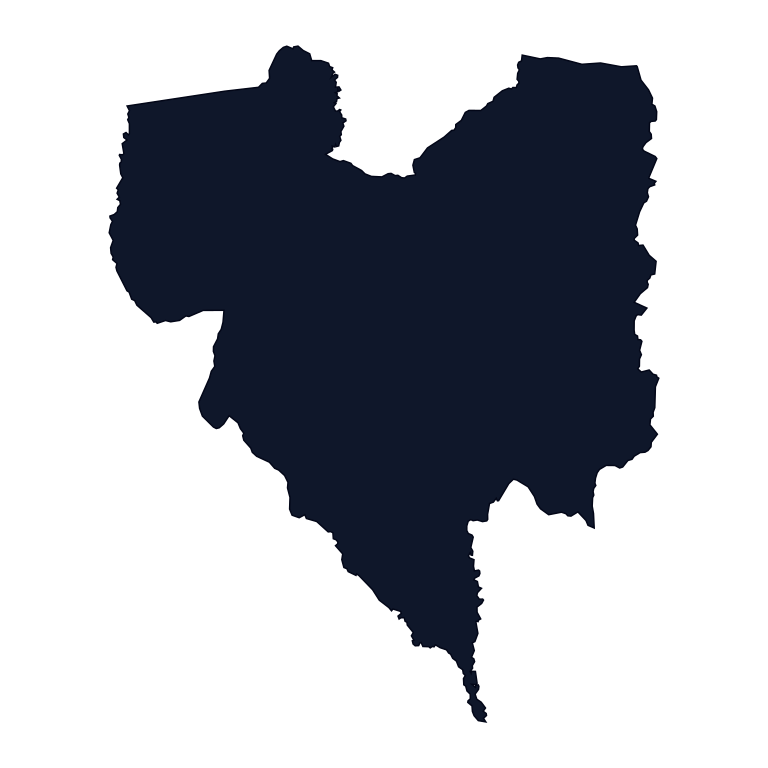 Kabadougou, Denguélé, Ivory Coast (Natural Earth projection)
{"feature_id": "98640826B2974603948771", "entity_name": "Kabadougou", "entity_type": "district", "adm_level": 2, "iso_a3": "CIV", "parent_name": "Ivory Coast", "parent_adm1": "Denguélé", "projection": "natural_earth1", "projection_center": [-7.327, 9.255], "detail": "fine", "context": "isolated", "style": "filled", "palette": "ink", "viewbox_px": 768, "rotation_deg": 0, "n_neighbors": 0, "source": "geoboundaries", "source_scale": "gbopen_adm2", "svg_char_len": 6064}
<svg xmlns="http://www.w3.org/2000/svg" viewBox="0 0 768 768"><path d="M485.8,721.9L483.5,718.3L486.5,715.5L486.2,713.5L483.2,711.2L485.5,708.0L481.2,702.2L476.8,699.2L475.1,694.1L478.5,689.4L478.9,686.3L478.1,684.8L475.7,685.5L475.0,686.9L476.0,688.0L471.7,684.3L475.6,684.5L477.1,683.3L475.4,671.4L471.8,671.3L471.1,673.5L470.1,671.4L472.6,668.2L472.3,665.6L474.6,661.6L473.8,658.8L471.5,657.3L474.3,650.6L472.3,642.8L474.9,641.6L477.9,633.4L475.9,622.1L476.2,621.2L478.1,621.6L478.4,620.2L480.7,618.9L477.1,612.3L477.0,607.1L481.7,603.4L483.5,600.1L482.7,599.1L479.4,599.2L476.8,595.6L477.5,592.6L481.5,588.3L478.4,586.9L477.4,581.5L473.8,579.8L474.6,578.2L478.9,575.9L479.9,573.5L479.6,571.0L478.6,570.1L474.4,570.9L473.5,566.2L474.0,559.7L469.6,557.9L468.4,555.9L470.2,552.6L471.1,555.1L472.4,555.3L472.8,551.2L470.8,547.5L473.2,537.1L472.0,535.1L468.3,533.5L466.8,530.5L466.8,526.0L468.2,521.2L470.8,519.6L473.1,520.7L477.3,520.0L482.5,521.6L486.7,520.9L487.7,519.4L487.6,514.3L489.5,503.5L493.4,502.1L496.2,498.3L497.4,500.8L498.6,500.7L508.8,483.6L513.4,479.2L516.8,480.0L528.1,486.8L534.4,496.5L537.1,504.2L540.5,508.8L548.7,514.7L561.5,512.2L565.9,513.7L567.8,515.8L571.0,516.1L577.9,511.9L586.0,520.5L588.0,525.3L594.2,528.0L593.5,513.5L592.2,506.1L592.6,497.7L593.8,495.1L593.1,491.7L593.7,488.5L595.8,485.5L594.9,483.1L595.5,478.2L597.2,472.7L599.5,469.4L606.2,465.4L615.0,465.5L619.7,468.0L622.7,467.0L627.9,460.5L632.0,459.3L634.2,456.2L640.1,452.6L645.0,452.2L648.0,450.5L651.0,446.8L651.3,442.3L657.4,434.2L649.9,424.8L650.5,419.0L653.3,416.2L653.1,412.3L654.8,407.7L655.4,386.8L658.8,378.2L656.8,376.8L656.5,375.2L653.0,374.2L649.2,370.0L641.3,372.0L637.7,368.8L639.4,366.2L639.5,359.0L641.4,354.7L639.6,350.3L641.9,341.3L640.6,339.8L637.9,339.5L637.5,336.0L634.7,334.4L634.1,330.0L634.2,320.8L636.1,316.0L637.6,314.6L641.3,315.1L646.9,308.1L634.2,302.3L640.3,293.7L647.5,287.6L648.2,284.3L647.1,282.1L647.4,280.2L649.8,278.1L650.9,274.9L654.7,274.0L656.1,261.3L649.2,255.3L643.0,245.1L638.5,245.5L638.1,243.0L634.1,240.1L634.3,238.4L637.6,235.1L637.2,228.9L635.5,225.2L639.6,211.8L643.8,202.9L646.5,201.2L648.5,196.8L647.3,192.7L647.9,188.7L649.7,186.7L654.7,184.9L654.3,183.2L655.9,181.3L649.0,178.4L649.0,177.3L656.8,158.6L655.2,156.5L644.1,151.1L642.4,149.2L642.9,146.8L646.0,142.6L651.5,138.5L651.2,134.2L649.3,131.5L649.5,122.8L651.1,121.4L655.2,121.0L656.4,119.6L656.7,111.6L654.9,106.0L651.9,104.2L652.5,98.1L648.5,89.8L641.0,80.1L637.2,66.6L636.5,65.8L621.4,66.8L600.6,63.0L581.9,64.3L558.6,58.1L547.3,57.6L540.3,58.9L522.2,55.1L521.5,60.9L518.7,62.3L517.6,65.0L518.0,67.9L519.4,69.8L517.7,73.3L517.1,79.3L518.8,81.3L518.9,83.1L517.0,85.0L516.4,87.6L512.9,87.5L511.5,89.0L508.8,88.2L502.3,90.8L494.1,97.3L493.0,101.3L487.8,103.6L486.5,106.0L480.8,110.5L469.0,110.4L465.3,112.4L461.3,120.4L455.8,124.5L455.7,127.7L453.9,130.3L451.7,130.4L444.1,137.1L427.5,147.9L420.0,157.8L414.4,159.6L412.9,165.2L414.3,172.4L415.5,173.3L415.3,175.0L407.2,176.1L404.6,178.0L401.6,177.7L397.9,175.3L395.1,175.6L391.1,173.4L388.1,173.7L381.9,176.9L371.4,176.4L365.0,173.9L361.6,170.5L352.6,165.6L350.9,163.3L343.4,160.6L340.0,161.6L332.7,158.9L325.5,154.3L332.3,150.6L332.7,149.6L331.6,148.6L332.6,147.9L332.2,146.0L334.9,147.0L335.6,144.4L336.6,146.5L338.7,145.9L339.4,142.4L340.9,140.3L339.7,136.4L341.3,134.7L340.9,131.5L343.9,126.2L342.8,123.0L346.0,120.8L345.7,119.0L341.8,117.8L341.7,115.0L339.6,111.7L340.8,110.0L339.7,109.5L337.5,111.1L335.5,111.1L333.3,106.8L336.0,103.5L335.0,102.5L333.4,103.0L336.5,101.7L337.0,98.6L339.4,98.0L336.9,95.7L337.2,93.7L335.3,92.7L337.7,91.8L337.8,89.2L339.1,91.2L340.9,90.0L339.0,86.9L335.5,87.2L336.2,82.3L334.5,79.9L337.5,77.4L337.7,75.3L335.1,74.3L331.1,77.4L332.8,73.3L334.5,72.1L332.0,69.9L332.7,67.7L329.7,66.6L328.5,63.2L320.8,60.6L311.7,60.6L309.7,53.8L303.2,50.5L298.0,46.1L293.7,46.9L293.0,48.8L286.8,46.2L283.3,47.4L279.3,50.8L276.7,54.1L269.1,70.4L269.6,78.3L266.2,83.0L262.3,83.4L258.5,87.3L224.8,91.2L127.1,106.0L129.5,110.7L127.8,114.0L128.9,117.4L127.7,119.7L129.4,123.6L129.4,133.4L128.5,134.9L126.0,132.5L123.4,134.0L123.8,137.5L127.0,140.0L122.2,143.7L123.9,153.6L122.7,154.8L119.6,154.5L119.3,155.4L121.4,159.3L121.2,162.1L119.9,163.1L119.6,164.9L120.8,173.9L122.8,177.7L116.6,188.2L118.3,189.8L117.1,193.2L119.3,197.1L117.1,199.3L119.8,200.6L120.5,204.3L117.8,207.5L117.3,211.7L114.2,214.5L109.9,216.1L110.1,217.9L112.5,221.3L110.8,224.7L109.2,232.8L113.2,240.4L110.6,247.7L111.1,253.3L113.2,257.0L112.6,259.7L117.0,263.5L116.0,267.3L116.9,270.9L127.0,290.8L129.1,292.1L131.7,299.2L134.7,300.6L136.9,305.2L151.1,317.6L153.8,322.1L156.1,321.9L157.2,323.3L165.5,320.5L170.7,321.8L179.6,320.4L185.9,315.9L188.9,316.5L203.1,310.4L224.0,310.3L223.0,322.3L221.2,329.4L218.3,333.8L217.6,338.8L213.5,346.7L213.4,351.4L215.0,355.7L213.9,361.0L214.8,366.4L211.3,371.3L209.5,378.0L198.9,402.0L199.6,408.4L202.4,416.1L213.4,427.0L216.3,428.5L219.2,427.8L223.7,423.9L229.1,415.7L238.0,422.8L240.4,428.6L243.8,433.2L242.7,435.7L243.8,440.2L250.8,448.1L252.3,452.3L256.7,456.3L269.4,462.2L274.7,468.3L278.6,470.0L284.6,475.5L288.0,482.4L287.5,487.9L290.0,497.5L289.6,509.1L292.1,515.2L299.2,517.7L304.8,514.7L306.4,518.5L316.7,521.5L328.2,531.9L330.6,531.6L332.9,532.7L333.3,538.7L336.1,539.8L337.9,542.0L337.7,543.8L335.5,545.7L342.7,553.9L341.8,559.7L343.9,567.5L346.9,568.7L348.2,571.6L356.0,575.4L356.6,573.9L359.0,575.6L372.6,589.7L379.3,600.2L388.9,607.6L391.5,610.8L393.0,609.0L400.6,611.4L401.3,613.4L398.0,616.1L399.1,619.0L400.8,617.8L404.2,617.7L405.1,621.3L406.9,622.2L407.3,625.1L413.3,632.5L411.4,635.8L413.9,640.2L412.3,640.8L413.1,644.0L415.2,645.8L418.7,645.6L419.8,643.1L421.1,642.4L422.9,646.5L428.8,646.7L430.2,647.9L432.2,646.5L434.1,646.8L435.4,644.8L440.2,647.7L446.5,649.8L448.6,653.0L450.6,654.1L452.7,658.3L456.4,661.1L458.6,666.8L462.7,669.7L463.3,673.5L465.3,675.5L463.5,678.5L463.8,684.8L465.7,686.1L467.0,691.0L470.2,694.1L470.3,698.8L468.0,700.9L467.8,702.4L472.0,705.9L472.4,711.4L474.1,715.7L478.3,720.6L485.8,721.9Z" fill="#0f172a" stroke="#020617" stroke-width="1.5"/></svg>